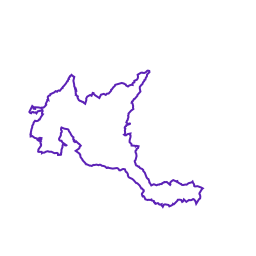 Sasciori, Alba, Romania (Robinson projection), rotated 296°
{"feature_id": "2599482B91452877532822", "entity_name": "Sasciori", "entity_type": "district", "adm_level": 2, "iso_a3": "ROU", "parent_name": "Romania", "parent_adm1": "Alba", "projection": "robinson", "projection_center": [23.57, 45.799], "detail": "fine", "context": "isolated", "style": "outline", "palette": "violet", "viewbox_px": 256, "rotation_deg": 296, "n_neighbors": 0, "source": "geoboundaries", "source_scale": "gbopen_adm2", "svg_char_len": 5648}
<svg xmlns="http://www.w3.org/2000/svg" viewBox="0 0 256 256"><g transform="rotate(296 128 128)"><path d="M165.7,102.6L161.2,97.6L159.8,97.7L158.3,97.0L155.8,96.6L155.0,96.1L154.1,96.5L150.5,95.5L149.6,94.0L148.0,93.5L148.1,91.3L146.1,89.1L142.4,89.1L143.0,83.9L143.4,83.2L143.5,82.2L144.3,81.7L144.1,80.9L141.0,81.1L141.1,79.5L138.3,77.6L136.2,77.5L134.9,78.3L131.0,78.9L131.3,77.0L131.7,76.6L131.7,75.8L131.4,75.4L131.6,73.5L131.3,73.2L131.5,71.6L133.1,69.4L134.4,69.1L134.5,67.8L135.2,66.8L135.0,66.5L135.9,66.2L136.4,65.6L138.5,65.0L138.4,64.5L138.7,64.4L138.9,65.1L139.6,64.6L140.6,63.6L140.1,63.2L141.6,62.0L141.8,61.5L143.7,60.4L146.5,58.2L150.4,57.3L150.5,56.3L150.3,56.4L151.0,53.9L148.5,53.3L148.6,53.1L146.5,52.9L146.1,53.4L145.7,53.0L143.7,53.3L143.5,52.9L140.8,52.7L137.5,51.9L136.4,51.4L135.2,51.7L135.0,51.2L131.5,50.4L131.4,49.3L130.2,48.3L129.5,48.3L129.4,46.8L127.5,46.0L124.4,43.4L124.0,43.7L122.9,43.5L122.6,42.9L121.7,42.4L120.6,42.3L118.4,44.0L118.5,43.3L117.9,43.1L117.2,43.5L113.8,43.5L113.0,43.9L112.9,44.3L110.9,43.8L109.3,43.1L108.6,41.7L108.1,41.8L107.2,38.4L106.0,35.6L104.5,36.2L104.1,35.1L104.7,35.0L104.5,34.3L105.4,33.9L105.8,32.3L99.2,32.3L98.7,33.5L98.8,34.5L100.1,34.7L100.8,35.7L100.6,36.7L101.5,38.0L101.0,39.3L103.4,39.5L104.0,40.5L104.6,40.7L104.8,41.5L106.6,42.8L106.6,43.0L106.0,43.1L105.8,43.9L104.5,43.9L103.1,44.4L103.1,45.5L99.6,44.9L97.0,44.9L96.5,44.2L95.8,44.3L94.8,43.7L93.9,42.4L93.8,41.3L91.5,40.8L90.2,41.2L88.0,41.0L86.6,41.6L84.6,41.8L79.7,43.1L79.8,43.5L78.8,43.6L77.7,44.2L78.8,45.5L78.2,48.4L78.5,49.8L78.7,50.7L77.7,51.7L77.4,53.4L77.9,54.8L78.1,54.4L77.8,54.1L78.1,53.3L78.3,53.2L78.1,53.8L78.6,53.0L80.1,52.7L80.4,53.3L79.3,53.3L79.7,53.2L79.1,53.1L78.6,53.5L78.7,54.0L80.4,53.7L80.3,54.1L80.8,54.7L79.7,55.1L77.5,55.0L75.6,56.3L75.6,56.7L75.3,57.0L74.0,57.6L69.5,56.9L67.4,57.6L67.4,58.3L68.7,60.8L68.3,61.5L67.8,61.7L68.3,62.0L69.2,63.6L70.7,64.6L72.0,66.1L72.1,67.6L73.1,69.6L73.1,72.9L74.5,75.1L74.4,76.1L73.1,76.9L74.3,79.1L74.7,79.5L75.5,79.2L75.8,78.7L76.9,78.8L79.4,77.7L82.2,77.5L83.3,76.9L85.5,76.7L84.8,79.1L85.2,80.1L85.5,80.2L86.3,75.3L87.4,73.8L86.8,72.6L87.3,71.2L88.3,70.7L91.9,70.9L94.0,69.9L95.3,70.2L96.3,69.8L97.0,68.6L98.5,68.0L99.3,68.0L99.5,71.1L100.5,74.5L100.3,75.3L99.0,76.6L98.7,77.6L96.6,80.4L96.0,81.7L95.7,83.1L94.0,83.6L93.7,84.7L92.8,84.8L92.8,85.2L92.4,85.4L92.6,85.8L92.1,86.6L92.6,87.2L93.3,87.2L92.2,90.6L92.3,91.1L91.4,93.3L89.6,92.8L88.8,93.1L87.7,92.8L84.5,91.0L83.7,95.8L83.0,96.3L82.9,96.9L81.1,98.0L79.6,101.0L79.1,101.3L77.8,104.9L77.3,105.5L77.4,105.8L77.0,106.4L77.3,106.9L77.4,110.2L77.8,110.8L78.0,112.1L79.6,113.0L79.7,113.6L81.3,115.8L81.7,117.9L82.5,118.5L82.9,119.5L82.6,121.1L83.2,122.8L83.3,124.6L82.7,126.3L83.2,127.1L83.8,127.3L83.7,128.2L84.8,132.1L87.1,135.5L87.3,136.3L86.9,137.7L86.2,138.7L86.5,139.6L88.8,141.3L89.2,142.0L89.5,143.4L88.1,144.7L87.6,145.6L87.7,146.1L86.9,147.6L85.9,148.5L85.4,148.6L84.3,149.8L84.0,150.8L84.1,154.0L83.7,155.7L82.1,159.5L82.4,160.3L82.3,161.0L81.4,163.7L79.5,166.5L79.8,166.9L79.7,167.5L79.1,168.5L79.0,169.4L78.0,169.9L75.1,169.3L74.4,169.6L73.0,171.0L72.9,171.4L73.6,171.9L73.0,173.2L71.5,174.8L71.9,177.3L72.5,177.9L73.1,179.6L74.0,180.4L73.3,181.1L73.7,183.3L72.6,184.0L72.7,185.1L72.0,185.4L71.9,186.0L73.6,187.8L73.5,188.6L73.0,189.3L73.1,190.3L74.2,191.5L73.7,191.6L73.0,192.3L72.9,193.2L72.5,193.8L74.7,193.8L75.6,194.7L76.6,198.2L75.7,199.5L77.4,201.0L78.6,201.7L79.4,201.7L79.2,202.2L79.6,202.7L84.4,204.3L85.3,204.2L86.2,205.8L86.6,207.3L85.3,209.1L86.1,209.6L88.3,209.5L87.2,212.8L90.1,214.4L90.2,215.3L91.1,216.7L92.7,217.7L92.7,219.0L92.1,219.8L91.9,220.6L89.8,222.5L95.1,223.0L96.3,223.7L98.0,223.1L99.3,222.2L100.0,221.1L100.7,220.8L105.3,221.2L106.5,221.7L106.6,219.9L106.2,216.0L104.8,213.8L104.9,212.9L106.3,212.1L107.3,210.4L108.2,209.5L107.1,209.1L104.9,206.6L102.8,205.6L102.3,204.3L100.8,202.4L100.5,201.1L101.0,200.3L100.8,199.8L100.9,197.3L101.4,196.1L101.2,195.9L101.9,195.5L101.1,194.5L101.0,191.5L99.2,190.4L97.6,189.9L96.4,190.3L95.8,190.9L95.3,190.8L96.5,186.5L96.0,185.9L95.4,184.3L94.7,184.2L93.6,183.0L92.4,182.9L91.7,181.4L90.7,180.8L90.4,179.9L89.0,178.7L88.8,175.9L86.6,174.1L88.1,171.9L88.3,171.1L89.3,170.6L91.1,168.7L91.0,167.9L91.7,166.4L95.2,162.7L96.1,160.5L97.0,160.0L97.4,158.5L97.2,156.5L98.1,154.8L97.7,154.4L98.1,152.9L97.9,151.9L98.5,150.9L99.4,150.4L100.0,149.5L101.2,148.5L102.6,148.8L106.5,148.0L108.7,146.5L109.2,145.6L110.6,144.8L111.9,145.2L112.9,144.9L114.4,145.8L116.2,145.5L115.7,143.5L114.7,142.9L115.1,142.5L115.0,141.8L113.8,138.9L115.1,138.1L116.0,135.6L117.8,134.8L121.0,134.2L122.2,133.7L122.6,133.0L124.1,132.6L122.2,130.2L120.5,129.4L120.2,128.8L120.5,128.6L120.2,128.1L120.3,127.4L121.0,127.8L122.5,127.5L124.5,126.2L126.2,125.9L126.5,125.1L127.1,124.8L128.1,124.9L128.9,125.5L129.7,125.2L132.4,127.9L132.8,127.8L132.7,127.3L131.6,126.6L132.2,124.1L134.3,123.9L135.3,124.2L136.6,123.7L137.3,123.8L138.3,123.5L139.0,122.7L140.2,122.7L141.2,122.1L145.0,123.2L147.4,124.5L148.6,123.5L150.0,123.0L152.1,121.2L152.5,120.7L152.3,120.2L153.5,120.0L154.6,120.6L156.5,120.6L157.0,121.2L160.3,122.1L161.0,122.3L161.8,122.0L166.2,123.2L168.6,121.3L170.1,120.6L172.9,121.2L173.5,121.7L175.6,121.5L177.3,122.0L178.2,121.7L179.1,122.4L180.9,122.0L182.7,122.3L184.4,121.7L187.6,122.8L188.6,122.1L188.3,120.7L187.8,120.2L185.8,119.5L184.7,118.6L184.0,117.1L184.0,116.4L183.3,115.4L180.1,113.3L178.4,114.6L176.8,115.0L175.3,114.8L173.2,113.0L171.8,113.7L170.8,112.7L169.8,112.6L168.7,113.3L168.4,112.2L166.8,110.5L165.3,109.8L165.4,107.6L166.1,106.9L166.0,105.3L166.2,104.9L165.7,102.6Z" fill="none" stroke="#5b21b6" stroke-width="2"/></g></svg>